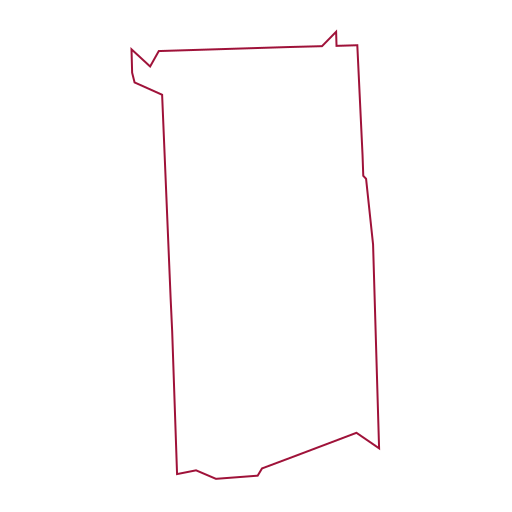 outline of Dougherty, Georgia, United States of America, rotated 268°
{"feature_id": "52423323B49559413251956", "entity_name": "Dougherty", "entity_type": "district", "adm_level": 2, "iso_a3": "USA", "parent_name": "United States of America", "parent_adm1": "Georgia", "projection": "albers", "projection_center": [-84.195, 31.543], "detail": "fine", "context": "isolated", "style": "outline", "palette": "rose", "viewbox_px": 512, "rotation_deg": 268, "n_neighbors": 0, "source": "geoboundaries", "source_scale": "gbopen_adm2", "svg_char_len": 470}
<svg xmlns="http://www.w3.org/2000/svg" viewBox="0 0 512 512"><g transform="rotate(268 256 256)"><path d="M183.1,169.6L40.8,169.5L43.9,188.6L34.7,208.2L36.4,250.0L43.5,254.6L57.0,294.8L75.8,350.2L59.5,372.3L263.4,373.4L329.3,368.7L332.4,366.0L352.8,366.0L463.1,364.6L463.2,343.8L477.3,343.9L463.4,329.3L463.7,294.8L464.2,166.0L449.1,156.8L466.9,138.8L443.5,138.6L433.7,140.7L420.4,167.8L217.3,169.2L183.1,169.6Z" fill="none" stroke="#9f1239" stroke-width="2"/></g></svg>